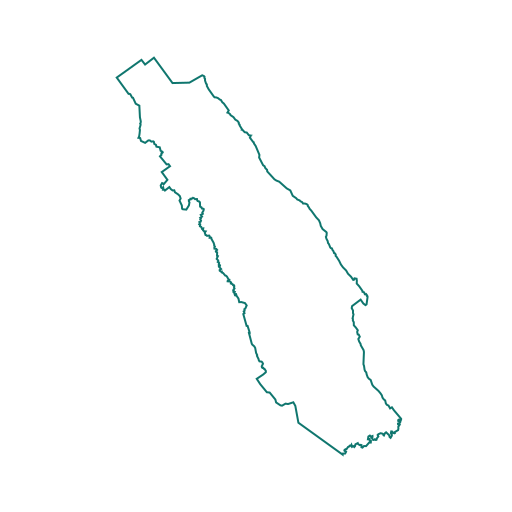 Punilla, Córdoba, Argentina (orthographic projection), rotated 324°
{"feature_id": "61730980B72863725650935", "entity_name": "Punilla", "entity_type": "district", "adm_level": 2, "iso_a3": "ARG", "parent_name": "Argentina", "parent_adm1": "Córdoba", "projection": "orthographic", "projection_center": [-64.597, -31.2], "detail": "fine", "context": "isolated", "style": "outline", "palette": "teal", "viewbox_px": 512, "rotation_deg": 324, "n_neighbors": 0, "source": "geoboundaries", "source_scale": "gbopen_adm2", "svg_char_len": 6126}
<svg xmlns="http://www.w3.org/2000/svg" viewBox="0 0 512 512"><g transform="rotate(324 256 256)"><path d="M318.7,78.2L304.0,76.6L290.1,67.0L290.0,35.6L278.8,35.9L278.6,30.0L248.2,29.8L248.2,49.9L249.1,50.6L249.4,51.3L248.9,55.0L249.5,55.7L248.2,62.1L250.0,65.8L243.6,75.6L241.9,79.4L240.8,80.6L240.1,80.8L239.8,82.0L236.7,84.4L236.2,85.8L233.7,88.6L231.7,90.6L230.4,91.3L231.6,92.5L230.6,95.3L232.8,99.3L236.8,99.2L238.0,100.0L238.6,102.0L240.2,102.8L240.5,103.5L239.6,105.6L240.4,107.2L239.7,109.0L242.0,111.5L240.7,114.8L241.6,116.7L241.5,117.3L240.9,117.5L240.3,117.1L239.3,117.8L239.0,118.6L236.9,118.9L237.5,129.3L239.2,130.3L239.2,132.8L229.1,132.7L229.1,142.3L223.4,143.7L223.4,142.5L222.9,141.8L220.4,142.9L219.5,144.9L219.7,145.6L221.3,145.8L220.9,146.7L219.7,147.7L221.0,148.8L220.9,149.5L226.4,149.3L226.4,151.9L227.1,154.0L228.5,154.8L227.9,156.8L229.2,160.3L229.6,162.8L228.8,165.2L226.7,166.2L225.7,171.5L224.0,174.3L224.3,175.2L226.9,177.5L231.5,175.6L233.7,173.5L233.8,172.4L234.5,171.3L235.6,171.6L236.4,171.2L236.8,171.8L237.5,171.5L238.4,172.1L239.2,171.9L239.9,173.0L240.1,174.2L241.7,175.2L241.1,176.5L241.1,177.2L242.1,178.5L242.0,179.2L242.2,179.6L239.8,183.2L240.5,184.6L240.1,185.7L241.0,186.6L241.3,187.4L240.1,188.5L238.1,189.3L237.8,190.6L235.5,190.3L235.5,192.4L233.4,192.3L233.5,193.2L232.4,193.6L232.3,195.1L231.3,195.7L230.1,195.3L229.8,196.4L228.7,197.0L229.3,197.8L228.1,199.0L228.8,200.3L228.3,202.3L229.5,202.7L228.3,204.0L228.5,205.4L229.7,206.5L228.2,207.1L227.5,209.4L228.1,210.0L228.2,210.9L230.1,211.9L230.1,212.9L229.2,214.0L230.4,214.6L230.5,215.1L230.0,216.0L229.5,220.3L228.8,222.4L228.3,223.0L228.3,224.2L227.4,224.5L226.7,225.6L228.0,226.9L228.1,228.2L226.3,228.5L226.1,229.1L226.7,230.2L224.6,232.9L225.1,233.7L222.5,235.2L222.8,237.4L222.4,238.2L221.6,238.4L222.1,239.9L221.1,240.8L221.4,242.4L220.8,242.9L220.3,241.9L219.7,242.8L220.1,246.0L218.3,246.0L218.0,246.6L218.5,248.1L219.2,248.5L218.7,249.3L219.4,250.5L219.6,253.7L220.2,254.4L220.4,255.6L220.0,258.9L220.4,259.4L219.2,260.0L218.5,259.5L218.2,259.8L220.1,261.5L220.3,262.9L219.5,263.5L220.5,265.1L220.3,266.1L221.0,266.7L220.8,267.6L219.9,268.2L219.5,269.7L218.5,269.8L218.1,270.4L217.4,270.3L216.7,271.7L217.2,271.9L217.0,272.4L217.5,272.7L216.6,273.3L216.2,274.6L216.9,274.6L217.5,275.1L217.1,276.1L216.5,276.2L216.9,276.7L216.8,280.1L215.3,283.5L217.1,284.7L219.4,287.6L219.4,290.5L216.5,292.2L215.3,292.2L214.6,293.6L213.5,293.6L213.1,295.5L211.6,295.5L207.3,307.0L208.1,307.6L206.0,313.9L205.2,313.8L204.9,314.5L205.1,315.1L204.6,315.3L201.0,324.5L200.9,325.5L201.5,328.1L201.3,329.9L199.1,334.5L198.7,336.9L198.1,337.3L197.5,340.8L197.0,342.0L196.9,343.3L198.4,344.7L198.6,345.7L198.3,347.3L195.8,348.6L195.3,349.7L195.5,350.4L196.1,350.6L196.1,352.0L196.5,352.3L196.4,354.8L195.6,355.8L192.1,356.1L184.4,355.8L184.1,362.2L184.7,372.6L186.8,374.5L187.3,383.5L186.2,386.3L188.0,391.2L189.1,392.4L193.1,392.8L194.9,394.6L200.2,396.3L199.7,400.4L192.3,415.8L209.3,467.5L209.8,466.7L212.0,468.2L213.1,467.7L213.8,467.3L213.1,465.7L213.3,465.1L213.9,464.9L215.1,465.0L215.6,465.5L218.2,464.6L219.0,464.9L220.3,464.5L221.1,464.8L221.2,465.6L222.2,465.0L221.7,466.8L222.5,466.7L223.1,467.5L223.2,468.3L224.1,468.1L224.1,467.5L224.7,467.7L225.8,466.8L228.3,467.2L228.0,468.0L228.8,470.0L229.7,470.3L230.2,471.0L228.9,472.7L229.5,473.6L231.6,473.2L233.3,474.5L238.5,473.3L239.0,473.5L238.9,474.2L239.2,474.4L240.3,473.1L239.6,471.4L240.3,470.7L238.9,470.0L240.8,468.1L242.6,468.2L242.8,469.7L244.4,470.1L243.9,470.9L242.8,470.9L242.6,473.5L243.1,474.0L244.4,474.1L244.5,475.0L245.0,475.4L245.5,475.5L246.5,474.6L248.9,473.9L249.2,472.3L250.3,472.1L252.6,472.6L253.7,473.8L254.3,475.1L253.8,475.9L254.0,476.4L256.0,475.2L257.6,475.1L258.4,479.3L257.7,481.0L258.0,482.2L260.3,481.2L260.8,480.5L260.9,478.7L262.3,477.4L262.9,477.9L262.8,479.6L263.9,480.9L264.2,480.9L264.5,480.0L268.6,480.4L269.8,479.3L270.7,477.8L272.9,477.0L272.0,475.7L272.4,475.0L274.1,475.6L275.4,475.0L275.5,474.5L274.1,473.2L274.5,472.4L275.3,472.3L276.8,473.9L277.2,473.7L277.4,472.6L277.7,472.6L276.9,461.9L277.0,458.3L274.9,458.1L275.3,454.9L274.4,453.3L274.4,451.6L275.6,448.8L275.1,447.1L275.1,444.9L275.9,442.7L276.0,440.3L275.8,437.2L274.4,430.7L274.4,428.5L275.9,423.7L275.2,421.6L275.1,419.7L275.9,416.9L276.8,414.9L276.6,413.3L277.0,411.8L278.8,408.4L279.3,406.7L286.9,397.1L287.7,395.4L288.3,389.8L288.9,388.7L289.2,385.8L290.0,383.3L292.5,382.3L292.9,380.0L292.2,379.2L293.2,376.9L294.7,375.9L294.7,372.3L294.4,369.6L296.2,367.0L296.4,365.2L297.4,363.9L297.4,363.3L300.6,360.5L300.9,359.2L302.4,357.2L302.8,354.4L304.3,353.0L315.0,352.8L314.9,357.5L315.7,360.1L317.0,360.1L322.3,354.6L322.2,353.7L322.7,353.4L322.7,351.5L321.7,351.3L321.6,350.8L322.1,349.0L321.1,347.5L321.6,346.8L321.7,341.1L321.3,337.5L323.1,335.2L324.0,333.5L322.6,332.0L321.5,332.8L320.6,332.5L320.7,328.6L320.0,324.4L320.4,320.7L319.7,316.3L319.7,312.7L320.4,308.9L320.7,304.0L320.5,302.7L321.4,301.6L321.3,299.8L320.9,299.5L321.5,297.6L321.4,296.2L321.9,294.5L321.2,293.6L321.1,292.7L322.0,289.2L321.9,287.9L322.8,285.9L323.1,283.5L323.8,281.6L325.0,281.0L326.1,279.7L326.8,278.9L327.0,278.0L325.7,273.4L326.1,269.7L327.2,267.2L327.9,264.1L327.4,260.1L327.4,251.9L327.1,249.1L327.4,247.9L327.3,246.1L327.8,245.3L327.5,243.8L326.4,242.3L324.9,241.2L325.0,239.6L324.1,237.8L324.0,236.7L322.6,234.5L322.5,232.9L321.1,228.9L322.3,223.1L320.6,219.4L318.5,209.6L316.8,206.9L316.0,204.8L314.8,194.2L315.6,192.8L315.2,190.4L315.7,188.4L315.1,186.8L316.4,178.2L318.2,176.2L320.4,166.8L320.5,163.7L321.0,162.7L320.7,162.2L320.6,156.7L321.8,156.1L322.0,155.2L322.3,155.2L321.2,154.1L321.1,150.7L319.6,149.2L319.2,145.6L318.8,145.4L319.2,145.0L319.5,140.7L320.0,140.1L319.8,138.9L320.5,137.9L320.4,135.8L319.4,133.5L319.4,130.4L318.2,127.1L318.4,126.0L317.9,124.2L317.2,123.2L319.5,122.2L319.6,113.7L319.1,111.9L319.3,109.1L318.7,108.3L318.0,105.8L317.0,104.3L315.8,103.3L315.6,102.3L315.7,93.4L316.2,89.5L316.9,88.6L317.1,87.8L316.9,87.3L317.9,84.1L318.9,82.7L318.8,82.1L319.1,81.3L319.7,80.8L319.7,80.0L318.7,78.2Z" fill="none" stroke="#0f766e" stroke-width="2"/></g></svg>